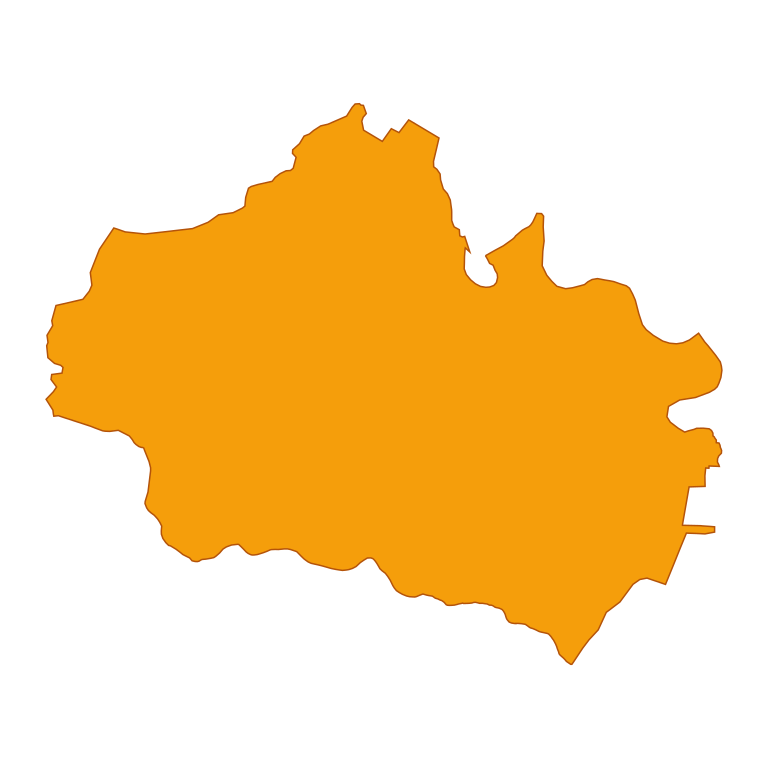 Bata, Arad, Romania (Natural Earth projection)
{"feature_id": "2599482B24264783228230", "entity_name": "Bata", "entity_type": "district", "adm_level": 2, "iso_a3": "ROU", "parent_name": "Romania", "parent_adm1": "Arad", "projection": "natural_earth1", "projection_center": [22.051, 46.0], "detail": "fine", "context": "isolated", "style": "filled", "palette": "amber", "viewbox_px": 768, "rotation_deg": 0, "n_neighbors": 0, "source": "geoboundaries", "source_scale": "gbopen_adm2", "svg_char_len": 5455}
<svg xmlns="http://www.w3.org/2000/svg" viewBox="0 0 768 768"><path d="M571.9,664.3L573.3,662.3L581.8,649.5L582.8,648.0L589.0,639.8L598.2,629.9L606.3,612.3L609.4,610.0L619.9,602.0L633.0,584.3L639.8,579.5L647.0,578.1L665.5,584.4L673.9,563.8L680.1,548.4L686.4,533.1L697.5,533.5L705.0,533.9L714.6,532.1L714.6,526.8L709.8,526.4L702.4,525.9L700.5,525.7L682.5,525.3L682.5,524.5L689.1,486.9L705.1,486.4L704.9,475.9L705.7,468.0L708.9,468.2L709.1,466.0L719.3,466.4L718.8,464.8L717.4,462.0L717.6,458.5L718.8,455.9L721.4,453.2L721.6,450.5L721.0,448.8L720.4,447.5L720.0,445.2L719.0,443.0L716.3,442.7L716.3,440.0L714.9,438.2L714.5,437.3L714.0,436.6L713.0,435.9L712.9,433.1L711.5,430.5L709.2,428.8L703.3,428.2L696.6,428.3L693.9,429.4L688.2,430.9L684.7,432.1L678.3,428.3L670.3,422.2L666.9,416.8L668.5,406.4L679.7,400.0L695.5,397.5L709.6,392.2L712.1,390.7L714.6,389.3L717.2,386.8L718.9,383.2L720.9,377.5L721.9,370.3L721.4,366.2L720.3,361.9L715.8,355.5L708.0,345.7L704.5,341.7L703.6,340.3L698.6,333.2L689.4,340.0L682.9,342.8L676.5,343.8L669.6,343.2L662.8,341.1L653.3,335.4L646.2,329.7L642.4,324.7L638.8,313.7L635.3,300.2L632.6,294.0L629.5,288.2L626.3,285.8L620.9,284.1L613.8,281.6L609.8,280.8L604.8,280.0L600.8,279.2L597.4,278.6L592.1,279.5L587.9,281.8L584.5,284.6L579.8,285.9L572.4,287.8L565.6,288.7L556.9,286.3L551.9,281.4L546.8,275.3L542.2,265.8L542.8,251.2L544.1,241.0L543.2,226.9L543.6,216.2L541.6,213.6L536.8,213.4L534.8,217.8L532.8,222.0L530.7,225.0L528.9,226.7L525.1,228.6L522.3,230.2L518.9,233.1L515.6,235.9L514.5,237.5L512.6,239.2L508.0,242.5L503.2,245.9L495.0,250.3L486.0,255.4L485.7,256.1L487.3,258.8L489.6,263.4L493.1,265.2L495.1,270.3L497.2,273.8L497.6,277.6L496.4,282.6L493.8,285.5L489.7,287.0L485.8,287.3L480.5,286.4L475.4,283.8L470.6,279.8L466.3,274.6L464.2,268.9L464.4,262.6L464.5,256.5L465.1,248.9L465.3,247.9L469.8,252.0L464.7,236.4L462.4,237.0L459.8,235.8L459.3,229.7L454.2,226.9L453.0,224.2L451.7,220.4L451.7,215.1L451.7,211.9L451.6,209.7L450.8,204.0L450.3,200.1L447.4,193.7L443.3,189.0L440.6,180.0L440.1,174.0L436.9,169.3L433.7,166.8L433.5,161.4L435.6,152.5L436.3,149.6L439.0,138.0L408.7,119.9L399.0,132.6L391.3,128.7L382.3,141.4L363.6,130.2L361.8,121.2L363.1,117.3L366.3,113.6L363.4,105.4L360.9,105.1L359.5,103.7L355.1,104.0L352.1,107.4L346.6,116.1L328.0,124.2L320.7,125.9L313.6,130.5L309.4,134.0L304.1,136.1L299.5,143.7L292.7,149.8L292.5,153.4L296.1,157.3L293.2,168.3L290.4,170.5L286.1,170.8L280.2,173.6L275.2,177.4L272.2,181.3L257.9,184.5L251.2,186.5L248.5,188.2L245.7,197.4L244.9,206.1L242.4,208.1L233.1,212.7L218.6,214.8L208.1,222.3L192.5,228.6L181.0,229.9L166.5,231.6L145.1,234.0L125.2,231.9L119.5,229.9L117.5,229.2L113.8,228.0L111.0,232.2L99.5,249.2L90.3,272.6L91.9,285.2L89.3,291.2L82.9,299.3L63.9,303.7L56.0,305.5L51.8,320.7L52.7,325.7L47.0,335.3L48.0,342.5L46.7,345.7L47.9,357.7L54.5,363.4L60.7,365.3L63.0,367.4L62.0,373.1L51.7,374.5L51.0,379.5L56.6,387.0L53.4,391.7L46.1,399.3L52.9,410.1L53.4,414.2L53.8,416.2L58.4,415.7L63.8,417.5L90.8,426.3L94.8,427.9L102.6,430.8L105.1,431.2L109.7,431.4L118.3,430.3L129.4,436.0L132.3,439.6L134.1,442.6L135.9,444.4L138.8,446.5L141.3,447.4L142.7,447.5L143.8,448.1L144.5,450.2L149.1,461.7L150.6,467.8L150.6,470.9L148.0,492.1L145.2,501.4L145.0,503.6L146.7,507.9L148.4,510.5L150.7,512.6L154.2,515.2L157.5,518.8L159.8,522.3L161.7,526.1L161.3,530.9L161.4,534.2L162.9,538.5L165.8,542.6L168.6,545.4L170.4,545.8L176.0,549.2L179.5,551.8L181.5,553.4L182.8,554.5L186.5,556.4L189.6,557.9L192.1,560.8L195.1,561.5L197.4,561.6L199.0,561.2L200.9,560.0L202.0,559.5L203.6,559.3L205.9,559.1L210.7,558.3L213.8,557.6L215.8,556.3L219.7,552.9L222.1,550.1L223.2,548.9L226.4,546.9L228.0,546.3L231.6,545.0L237.7,544.3L238.8,544.5L241.0,546.6L243.5,549.1L246.1,551.9L248.1,553.4L250.6,554.6L252.1,555.0L253.8,555.0L257.1,554.6L259.5,553.9L263.3,552.7L267.0,551.3L270.1,549.9L271.3,549.6L275.1,549.4L278.3,549.5L281.3,549.2L284.4,548.9L287.5,548.9L290.5,549.5L296.1,551.4L296.9,551.8L301.3,556.3L304.0,558.9L306.0,560.4L308.1,561.9L311.1,563.3L315.0,564.2L317.8,564.8L322.2,565.9L326.8,567.2L331.3,568.5L335.8,569.4L339.6,570.0L342.5,570.4L346.4,570.0L348.8,569.6L352.5,568.4L356.1,566.5L360.3,562.6L363.9,560.1L367.4,558.0L370.9,557.9L372.8,558.6L373.7,559.3L375.4,561.3L377.0,563.6L378.7,566.5L379.9,568.7L381.9,570.6L384.6,572.7L385.2,573.1L387.7,576.3L390.2,580.2L391.9,583.7L392.9,585.7L394.4,588.1L395.7,589.7L396.4,590.6L399.2,592.5L402.4,594.3L406.6,596.0L409.6,596.7L412.7,596.9L414.8,597.0L416.5,596.6L419.3,595.4L422.9,594.0L426.6,595.1L429.0,595.6L430.5,595.8L432.5,596.2L435.3,598.2L437.8,598.9L440.0,600.0L441.8,600.6L443.9,602.1L444.5,602.7L446.2,604.7L447.3,605.2L449.2,605.4L451.8,605.3L454.4,605.1L457.3,604.4L458.5,604.0L461.6,603.4L462.7,603.1L463.7,603.5L469.0,603.3L471.9,603.0L473.8,602.4L475.5,602.3L478.1,602.9L479.4,603.3L481.6,603.3L482.5,603.3L484.3,603.6L487.2,604.0L489.4,605.1L491.6,605.2L493.4,606.0L494.7,607.0L496.0,607.5L498.5,608.0L499.5,608.3L501.5,609.2L502.3,609.7L503.6,611.3L504.7,613.3L505.3,614.7L505.8,616.5L506.5,618.5L507.1,619.6L509.1,622.0L511.4,623.0L514.4,623.5L515.8,623.6L515.8,623.4L518.0,623.4L521.6,623.7L525.3,624.3L527.5,625.8L529.3,627.2L530.5,627.9L532.9,628.6L535.7,629.8L539.1,631.5L540.8,632.0L543.6,632.6L547.1,633.4L548.5,633.9L550.7,636.2L552.6,638.9L553.6,640.2L555.6,644.0L556.7,646.6L557.4,648.9L558.5,651.6L559.1,653.8L560.2,655.2L563.6,658.2L565.2,659.9L566.4,661.4L570.4,664.1L570.7,664.3L571.9,664.3Z" fill="#f59e0b" stroke="#b45309" stroke-width="1.5"/></svg>